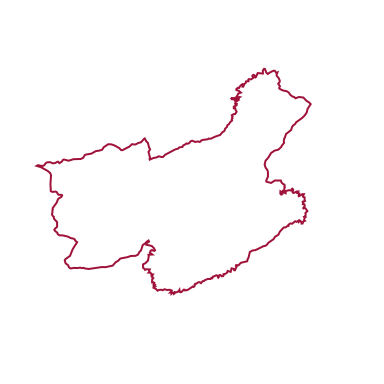 El Peñon, Cundinamarca, Colombia (Equal Earth projection), rotated 65°
{"feature_id": "7082276B2914130191559", "entity_name": "El Peñon", "entity_type": "district", "adm_level": 2, "iso_a3": "COL", "parent_name": "Colombia", "parent_adm1": "Cundinamarca", "projection": "equal_earth", "projection_center": [-74.297, 5.266], "detail": "fine", "context": "isolated", "style": "outline", "palette": "rose", "viewbox_px": 384, "rotation_deg": 65, "n_neighbors": 0, "source": "geoboundaries", "source_scale": "gbopen_adm2", "svg_char_len": 6060}
<svg xmlns="http://www.w3.org/2000/svg" viewBox="0 0 384 384"><g transform="rotate(65 192 192)"><path d="M123.5,212.2L123.7,213.3L125.4,217.3L124.9,219.6L125.0,223.4L123.3,226.2L124.4,229.6L124.7,237.4L124.0,238.6L121.6,239.3L117.1,242.5L114.7,245.0L113.3,247.8L114.1,253.0L115.7,255.6L115.3,258.6L114.3,261.8L114.7,266.9L113.2,272.6L113.3,273.7L115.1,276.3L115.0,279.0L112.2,285.5L111.5,290.6L108.4,294.4L108.4,295.4L109.5,297.3L109.8,300.0L108.0,300.5L107.7,301.3L107.9,303.6L107.3,305.9L105.0,308.0L103.9,310.8L104.0,312.3L105.3,314.6L105.4,315.7L104.7,317.5L102.6,320.2L102.7,321.7L105.7,318.4L107.9,316.8L111.9,313.9L115.0,312.5L117.3,312.7L124.9,316.9L131.6,319.6L132.9,318.5L134.0,315.4L134.8,314.7L137.9,314.3L139.6,311.3L140.3,311.2L141.3,312.5L141.5,315.4L142.0,316.6L144.5,319.2L147.8,325.2L149.2,325.6L149.8,326.4L151.5,327.1L153.0,328.3L154.6,328.4L156.1,327.7L157.7,328.4L162.3,327.0L166.6,329.0L167.2,331.3L168.0,332.7L169.2,332.7L171.9,331.3L173.4,331.5L175.2,330.5L176.7,327.5L180.0,323.3L182.3,321.6L184.5,318.8L185.2,318.4L187.0,318.3L188.9,317.3L193.4,324.3L198.3,329.5L199.4,335.2L200.1,336.2L203.2,336.7L206.1,335.2L208.1,335.4L210.0,334.4L210.8,331.3L212.5,328.0L213.3,325.3L214.6,323.7L214.9,322.3L216.0,321.4L218.1,318.2L221.9,305.5L223.6,302.0L225.2,295.0L223.4,290.9L223.2,288.1L222.0,285.1L223.8,277.8L224.1,274.6L226.0,270.1L225.9,267.3L224.1,265.0L223.4,262.9L219.3,259.1L218.6,255.5L217.9,254.1L217.6,251.9L218.8,251.9L219.2,254.7L220.5,255.7L223.9,251.3L227.0,250.2L229.3,250.2L229.4,251.3L227.6,252.9L227.9,254.5L229.2,255.8L231.9,254.4L230.5,258.0L232.3,258.5L235.5,260.9L236.8,264.2L236.9,267.0L240.2,268.4L242.0,267.3L242.7,267.4L242.7,266.2L244.3,263.0L245.3,264.2L246.3,264.2L246.7,265.3L247.3,264.2L248.6,263.4L249.3,263.6L250.1,262.4L250.7,264.1L251.0,264.2L251.6,263.4L252.7,264.2L253.7,263.5L254.6,265.2L257.1,266.4L257.7,264.9L258.3,264.5L259.3,265.7L260.2,264.8L260.7,266.1L261.9,265.2L262.0,267.2L262.5,267.4L264.3,265.8L266.9,264.9L266.8,263.3L267.6,261.2L268.6,260.2L268.5,258.0L270.3,256.0L271.2,253.5L272.0,253.1L272.5,252.0L273.0,252.0L273.9,254.2L274.3,253.1L275.5,253.6L275.1,252.6L275.5,251.5L276.7,251.6L276.5,250.5L275.4,250.0L276.2,248.8L276.5,247.7L276.1,245.9L275.3,244.7L277.4,245.3L278.1,244.6L278.1,243.6L277.0,240.6L277.6,239.8L278.4,239.8L278.9,237.0L278.0,231.2L278.7,230.8L278.7,230.3L278.1,229.1L277.1,228.8L276.5,227.9L277.0,226.6L276.5,224.9L276.7,223.7L277.1,223.1L278.4,222.4L277.3,220.1L277.8,218.9L277.3,217.5L277.5,214.4L278.7,211.9L278.0,210.8L278.7,210.0L277.5,208.7L277.8,207.7L277.7,205.7L277.9,204.9L278.4,204.5L280.7,204.4L280.3,203.5L279.1,202.9L278.9,202.3L279.3,201.3L280.9,200.7L281.4,199.5L281.0,198.6L279.8,198.2L280.2,196.7L280.1,194.9L279.7,194.0L278.6,193.1L280.7,190.7L277.9,188.4L279.2,186.7L280.6,186.9L281.1,186.2L278.5,183.1L277.5,183.5L276.9,182.8L278.1,180.8L276.8,177.7L278.1,171.2L276.4,170.0L275.6,168.7L270.8,164.9L270.6,161.7L271.4,159.4L271.5,157.1L271.3,150.3L271.8,148.1L271.4,146.3L270.3,144.3L269.2,138.0L267.7,135.7L267.2,131.7L265.1,129.2L262.9,123.8L263.6,122.2L263.2,120.4L263.5,118.9L262.5,118.5L262.1,116.7L262.2,115.8L263.1,114.6L262.1,110.9L263.3,109.8L262.9,107.3L264.2,107.7L263.7,106.2L265.3,105.5L266.9,106.1L267.3,105.2L265.7,103.4L265.8,101.9L264.8,102.3L263.2,100.9L262.0,101.0L262.4,99.6L261.6,99.8L261.0,98.8L258.9,98.0L258.1,95.5L254.7,96.1L254.2,96.5L254.0,97.9L253.6,98.0L252.2,95.6L250.6,95.4L249.9,96.6L249.3,96.0L247.7,95.9L247.5,95.1L248.1,94.0L247.9,93.3L246.2,93.1L244.5,92.2L243.5,93.3L242.7,93.3L241.2,91.5L240.6,92.7L240.8,94.4L240.5,95.2L241.1,96.2L240.9,97.0L240.1,96.8L238.7,95.4L237.4,97.0L236.4,95.5L235.8,96.9L235.9,100.1L235.5,100.7L234.5,100.9L232.8,99.3L231.4,99.6L231.4,100.2L232.5,101.6L231.4,103.3L230.7,106.6L232.7,107.6L230.5,109.5L231.8,110.6L232.2,111.9L231.9,112.4L230.7,112.6L228.8,111.6L230.3,110.8L229.2,109.1L229.7,107.8L227.6,106.7L227.0,105.9L226.1,106.0L225.4,105.3L224.4,105.1L223.2,106.1L221.0,106.9L219.2,106.6L216.6,112.0L217.2,116.5L214.1,120.2L213.0,119.9L210.2,116.7L205.9,114.7L203.8,114.4L201.1,115.0L197.9,114.6L194.8,112.2L193.0,108.2L190.1,103.9L189.4,99.8L190.1,95.9L189.0,92.3L187.9,90.9L186.4,87.8L184.6,87.3L182.5,85.8L182.0,84.9L179.2,82.3L177.7,75.9L175.5,74.0L174.5,72.4L173.9,69.7L172.8,68.1L171.5,61.2L170.4,57.8L168.5,54.5L165.6,52.2L162.5,47.3L160.3,48.0L157.8,49.7L153.5,51.1L151.1,54.9L150.8,58.6L149.2,59.2L147.9,60.6L145.6,61.8L142.7,62.3L140.8,63.5L138.2,66.9L135.5,69.0L134.6,69.1L133.3,67.6L130.3,68.1L129.4,66.2L128.2,65.4L125.6,65.3L122.4,66.1L121.5,65.8L119.7,64.0L119.6,65.2L119.4,65.4L117.1,65.7L116.6,66.7L116.5,68.4L116.7,71.8L117.1,73.0L117.0,73.5L115.0,74.2L111.3,73.9L110.8,74.6L111.8,76.4L114.6,77.7L112.0,82.2L114.8,85.4L114.9,86.2L114.3,86.4L113.5,85.9L112.4,86.2L111.9,86.7L111.8,87.5L112.3,88.3L114.4,88.2L114.9,90.9L113.7,92.8L114.0,93.5L115.5,94.0L114.6,96.3L115.8,97.2L116.2,98.8L118.2,101.0L117.9,101.6L116.0,99.8L115.6,100.6L116.0,102.7L116.8,104.5L117.6,105.2L117.0,106.3L117.3,108.1L118.3,108.7L120.1,106.8L122.6,105.7L122.3,108.3L124.7,111.4L124.9,113.9L123.6,116.3L123.9,116.9L124.7,116.8L125.8,114.6L127.4,114.4L125.9,111.0L125.8,109.2L126.2,108.6L126.6,110.8L127.3,112.1L127.9,110.5L128.3,110.7L128.7,113.9L130.1,115.6L130.5,115.6L131.1,114.2L132.2,114.9L132.4,115.8L132.2,117.5L132.6,118.3L133.8,118.7L134.3,117.4L135.8,117.8L138.1,117.6L139.6,120.0L139.0,121.4L139.3,123.5L140.6,123.3L141.1,124.1L142.3,124.1L142.9,125.3L144.2,125.5L144.7,127.6L146.2,130.1L146.4,131.7L147.7,132.7L148.7,135.3L150.4,136.9L150.7,139.3L152.2,142.4L151.6,147.7L151.7,151.9L151.3,153.3L150.6,154.3L150.9,155.3L149.3,160.4L149.2,161.8L149.8,162.8L149.9,163.8L148.7,165.3L147.9,168.1L145.8,169.9L145.5,170.7L145.5,172.0L146.5,173.9L146.5,175.3L145.6,176.7L146.0,177.7L146.1,180.3L147.1,181.6L146.2,184.8L146.8,186.1L146.3,189.2L146.9,200.6L148.0,203.5L147.7,204.4L145.6,207.0L145.7,209.1L144.9,212.9L144.8,216.6L143.9,216.4L143.0,215.5L137.3,214.5L135.6,211.9L133.5,212.1L128.8,211.2L126.9,212.0L123.5,212.2Z" fill="none" stroke="#9f1239" stroke-width="2"/></g></svg>